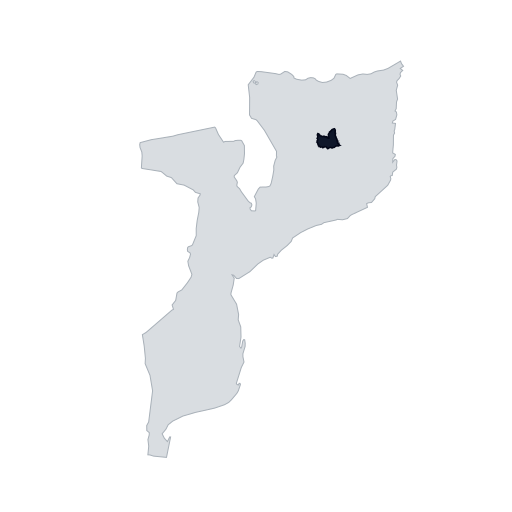 Nipepe, Niassa, Mozambique shown in context, rotated 7°
{"feature_id": "85939544B55402666252817", "entity_name": "Nipepe", "entity_type": "district", "adm_level": 2, "iso_a3": "MOZ", "parent_name": "Mozambique", "parent_adm1": "Niassa", "projection": "mercator", "projection_center": [37.842, -13.907], "detail": "fine", "context": "in_parent", "style": "filled", "palette": "ink", "viewbox_px": 512, "rotation_deg": 7, "n_neighbors": 0, "source": "geoboundaries", "source_scale": "gbopen_adm2", "svg_char_len": 7828}
<svg xmlns="http://www.w3.org/2000/svg" viewBox="0 0 512 512"><g transform="rotate(7 256 256)"><path d="M152.8,347.9L156.3,345.2L179.1,320.0L180.6,319.0L178.7,314.8L181.7,309.9L182.1,302.4L183.0,301.2L186.5,298.7L191.2,290.9L194.2,284.9L194.6,282.0L190.3,273.9L189.0,269.5L190.3,265.7L190.8,262.2L190.2,261.0L187.5,259.6L187.1,258.0L187.1,256.1L187.7,255.1L190.9,253.5L191.6,252.6L194.2,243.1L193.3,236.0L193.3,227.9L193.9,219.6L193.7,214.8L191.6,209.4L191.4,205.5L192.9,202.7L193.2,201.1L188.1,200.2L185.6,198.0L176.0,194.4L168.7,193.9L162.5,188.5L157.7,187.6L151.6,183.7L132.2,183.0L131.5,182.5L130.8,170.6L130.0,166.7L127.7,162.5L127.0,159.6L127.2,157.6L137.9,153.3L158.9,147.2L163.5,145.2L199.3,133.1L200.3,133.9L203.9,140.0L209.9,147.0L211.3,146.1L219.9,144.9L221.2,144.0L223.8,143.4L226.8,143.0L227.8,143.4L231.0,147.8L232.1,155.9L232.2,161.4L231.9,165.4L229.3,169.9L227.4,175.6L224.7,178.8L224.7,180.2L227.8,183.7L228.5,185.1L228.3,188.1L228.8,189.3L231.5,191.2L233.6,194.0L241.4,202.3L243.4,203.8L244.9,204.2L245.7,205.8L245.3,207.8L244.1,208.9L244.6,210.4L246.0,211.7L249.6,211.4L250.1,210.9L249.8,203.5L248.6,199.3L247.1,197.3L250.1,189.3L251.7,187.1L257.6,186.3L260.2,185.5L261.4,184.6L262.2,182.0L262.9,175.0L263.2,168.4L262.6,164.6L263.4,158.7L264.7,155.2L264.1,154.4L263.6,149.6L249.0,130.2L240.7,121.6L239.4,120.7L234.8,119.9L232.4,116.8L230.4,99.5L227.4,87.0L232.2,78.8L233.7,73.5L234.7,72.7L238.8,72.4L253.2,72.6L256.7,73.0L258.3,72.5L262.1,69.3L265.1,69.4L269.3,71.4L271.6,73.2L272.0,74.7L274.7,75.6L279.9,75.9L283.7,75.1L286.0,73.2L288.5,72.3L291.1,72.2L293.0,72.8L294.4,74.1L296.9,75.1L300.7,75.7L304.8,74.8L309.2,72.5L311.7,70.1L313.1,66.0L314.0,65.4L320.2,65.0L323.6,65.8L327.8,68.3L335.2,63.8L339.9,62.3L344.3,62.2L348.0,61.1L350.9,59.0L353.9,57.6L360.0,55.9L364.2,53.7L375.7,44.9L377.0,47.4L379.3,49.7L376.3,52.3L379.0,53.9L377.0,56.4L376.8,58.1L377.7,59.7L376.4,62.5L374.7,64.7L374.3,66.3L375.8,69.2L375.0,74.4L377.4,83.0L376.7,85.9L377.2,92.7L376.3,95.1L377.8,96.0L378.6,98.7L377.9,103.4L375.4,105.4L375.1,107.4L378.3,107.4L378.3,113.4L377.9,115.1L378.6,117.1L377.7,119.3L378.8,128.9L379.0,135.9L379.1,137.0L381.9,138.2L381.8,140.1L380.0,142.6L380.2,146.3L382.1,143.3L383.3,143.3L384.4,144.5L384.4,148.7L385.0,150.8L384.8,152.6L381.5,156.1L381.4,159.5L380.1,159.9L379.5,160.8L380.4,162.7L380.3,164.4L378.1,169.8L367.1,182.6L366.9,184.7L364.1,188.8L361.1,189.5L359.4,190.5L360.7,194.1L346.1,203.2L344.6,204.4L342.2,207.7L337.4,209.5L332.2,209.7L331.3,210.4L319.4,214.6L317.1,216.6L312.0,218.4L304.0,222.9L297.5,227.3L290.1,233.7L289.2,237.2L285.7,241.8L280.4,247.2L277.3,251.6L277.1,253.6L275.3,254.2L273.7,252.3L273.0,256.0L271.8,256.2L270.3,255.5L263.7,259.3L258.8,263.7L251.9,272.2L241.7,280.5L239.4,280.7L236.2,277.8L234.5,277.6L237.1,280.7L236.9,287.6L235.7,295.8L235.8,297.5L242.6,306.2L245.9,316.3L246.1,321.5L249.5,328.2L251.0,338.3L250.7,347.8L252.3,349.3L252.9,347.9L253.2,342.0L254.1,340.4L255.0,340.6L255.9,343.9L256.2,347.2L254.9,354.6L255.3,357.6L257.0,362.7L255.0,368.5L252.0,384.8L252.7,385.8L254.2,386.2L254.8,384.4L255.7,384.4L256.2,385.5L254.9,391.9L253.7,394.7L249.2,401.6L246.8,404.6L242.8,407.5L233.5,412.0L214.7,418.7L202.9,423.8L193.5,430.0L189.4,434.2L187.7,438.9L184.5,443.9L187.2,448.0L190.7,451.0L192.4,446.1L193.3,446.0L191.7,466.8L178.7,467.1L175.0,466.4L172.9,466.5L172.7,457.8L171.1,451.4L171.8,446.7L171.6,444.3L168.9,442.6L168.2,437.6L169.7,433.8L169.8,402.4L165.3,387.3L159.1,376.4L158.7,371.0L156.0,359.0L152.8,347.9ZM235.3,85.9L236.8,85.1L237.1,83.7L236.1,83.0L235.2,83.1L234.8,85.4L235.3,85.9ZM234.3,83.2L233.1,82.2L232.2,82.5L231.9,83.4L232.8,84.5L233.8,84.6L234.3,83.2Z" fill="#d9dde1" stroke="#a8b0b8" stroke-width="1"/><path d="M317.8,120.3L316.8,120.8L316.0,121.3L315.9,121.5L315.7,121.7L315.6,122.1L314.8,122.9L314.8,123.0L314.8,123.4L314.6,123.5L314.0,123.8L313.8,124.0L313.8,124.8L313.7,125.1L313.7,125.4L313.6,125.5L313.4,125.6L313.2,126.1L313.0,126.3L313.0,126.5L313.0,126.8L313.1,127.2L313.2,127.3L313.3,127.4L313.5,127.5L313.4,127.5L313.4,127.9L313.4,128.0L313.4,128.4L313.3,128.5L313.4,128.8L313.5,128.9L313.6,129.0L313.7,129.3L313.9,129.3L314.0,129.3L314.0,129.6L313.9,129.8L313.9,130.0L314.0,130.2L313.7,130.3L313.6,130.2L313.4,130.1L313.2,130.1L312.8,130.1L312.6,129.8L312.6,129.7L312.5,129.8L312.4,129.9L312.1,129.9L312.0,129.7L311.9,129.5L311.9,129.3L311.8,129.2L311.7,129.3L311.4,129.3L311.2,129.0L310.9,129.0L310.7,129.2L310.5,129.3L310.3,129.3L310.1,129.3L309.9,129.3L309.9,129.2L310.0,129.2L309.9,129.1L309.7,129.1L309.7,129.3L309.3,129.1L309.4,128.9L309.2,128.8L308.9,128.8L308.7,128.8L308.4,129.0L308.1,129.0L307.9,129.2L307.8,129.4L307.5,129.3L307.4,129.3L307.0,129.3L306.8,129.3L306.7,129.2L306.4,129.2L306.2,129.0L306.1,128.9L305.8,129.1L305.6,129.2L305.4,129.0L305.2,128.9L304.8,128.7L304.7,128.6L304.8,128.4L304.7,128.2L304.0,127.9L303.8,127.8L303.7,127.5L303.7,127.4L303.6,127.2L303.4,127.1L302.8,127.0L302.7,127.1L302.4,127.0L302.1,128.1L302.1,128.3L302.3,128.6L302.3,128.8L302.5,128.9L302.7,129.1L302.6,129.4L302.6,129.5L302.9,130.0L302.9,130.3L302.7,130.5L302.7,130.8L302.6,131.0L302.5,131.3L302.4,131.5L302.3,131.9L302.4,132.0L302.6,132.1L302.8,132.3L302.9,132.5L303.0,132.8L303.2,133.0L303.2,133.3L303.2,133.6L303.0,133.8L302.9,133.8L302.8,134.0L302.6,134.2L302.6,134.4L302.6,134.6L302.7,134.9L302.8,134.9L302.9,135.0L302.7,135.4L302.8,135.4L302.8,135.5L303.1,135.7L303.2,135.8L303.1,136.0L303.2,136.3L303.3,136.4L303.4,136.5L303.5,136.8L303.7,137.0L303.8,137.3L303.8,137.5L304.2,137.6L304.2,137.8L304.2,138.0L304.4,138.0L304.4,138.3L304.6,138.3L304.7,138.6L304.8,138.7L304.9,138.8L304.8,139.1L305.1,139.2L305.3,139.2L305.3,139.3L305.3,139.5L305.6,139.4L305.8,139.5L306.0,139.6L306.2,139.8L306.4,139.6L306.5,139.7L306.4,139.8L306.5,139.9L306.6,140.0L306.9,140.0L307.0,140.1L307.4,139.9L307.5,139.8L308.0,139.7L308.4,139.7L308.6,139.8L308.7,140.0L308.8,140.2L308.9,140.3L309.0,140.4L309.3,140.3L309.6,140.1L309.8,139.9L310.0,139.9L310.1,139.7L310.3,139.7L310.5,139.5L310.5,139.4L310.7,139.1L310.8,139.0L311.0,139.0L311.3,139.1L311.5,139.1L311.9,139.2L312.2,139.2L312.4,139.1L312.7,139.3L312.8,139.4L312.9,139.6L312.9,139.8L313.3,140.0L313.5,140.3L313.9,140.7L314.1,140.8L314.4,140.6L314.5,140.6L314.9,140.2L315.1,140.1L315.2,139.8L315.7,139.5L316.1,139.2L316.3,139.1L316.7,139.2L316.8,139.1L317.2,139.2L317.4,139.2L317.5,139.3L317.8,139.5L318.0,139.4L318.3,139.2L318.6,139.2L318.7,139.3L318.9,139.4L319.0,139.3L319.2,139.0L319.5,138.8L319.8,138.7L320.3,138.7L320.5,138.6L320.9,138.1L321.2,137.8L321.2,137.7L321.3,137.6L321.6,137.5L321.8,137.1L322.0,137.0L322.3,137.0L322.5,137.0L322.7,136.9L322.8,136.8L322.8,136.7L323.1,136.7L323.4,136.5L323.5,136.5L323.9,136.8L324.0,136.9L324.3,136.8L324.4,136.6L324.5,136.5L324.7,136.4L325.1,136.3L325.7,136.0L325.4,135.9L325.4,135.7L325.2,135.5L324.9,135.5L324.7,135.5L324.7,135.4L324.7,135.1L324.3,134.6L324.4,134.3L324.3,134.2L324.1,134.4L324.0,134.2L323.9,134.2L324.0,134.1L323.8,134.1L323.7,133.9L323.5,133.7L323.4,133.6L323.3,133.4L323.0,133.1L322.8,132.9L322.7,132.8L322.7,132.7L322.9,132.3L323.0,132.2L322.9,132.2L322.7,131.9L322.7,131.7L322.4,131.3L322.2,131.3L322.2,131.1L322.2,130.9L322.3,130.7L322.2,130.6L322.0,130.4L322.0,130.1L321.8,130.0L321.8,129.8L321.7,129.7L321.5,129.4L321.4,129.3L321.2,129.1L321.1,128.9L321.1,128.7L320.9,128.6L320.7,128.4L320.8,128.3L320.7,128.2L320.8,127.9L320.7,127.8L320.6,127.7L320.3,127.5L320.3,127.4L320.3,127.2L320.1,127.1L320.0,126.7L319.8,126.6L319.8,126.4L319.9,126.2L319.9,125.8L319.9,125.6L320.0,125.3L319.9,125.0L320.0,124.9L320.0,124.6L319.8,124.6L319.7,124.6L319.7,124.3L319.6,124.1L319.4,123.9L319.5,123.8L319.4,123.6L319.5,123.4L319.5,123.1L319.5,122.7L319.4,122.5L319.3,122.0L319.4,121.5L319.2,121.2L319.0,120.8L318.7,120.6L318.5,120.4L318.5,120.2L318.4,120.1L317.8,120.3Z" fill="#0f172a" stroke="#020617" stroke-width="1.5"/></g></svg>